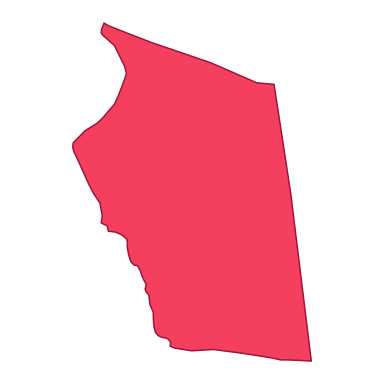 Al Fao, Gedarif, Sudan
{"feature_id": "16777658B5270052963378", "entity_name": "Al Fao", "entity_type": "district", "adm_level": 2, "iso_a3": "SDN", "parent_name": "Sudan", "parent_adm1": "Gedarif", "projection": "natural_earth1", "projection_center": [34.062, 14.059], "detail": "fine", "context": "isolated", "style": "filled", "palette": "rose", "viewbox_px": 384, "rotation_deg": 0, "n_neighbors": 0, "source": "geoboundaries", "source_scale": "gbopen_adm2", "svg_char_len": 1289}
<svg xmlns="http://www.w3.org/2000/svg" viewBox="0 0 384 384"><path d="M122.8,31.3L119.5,30.1L108.5,25.7L104.1,23.1L102.1,28.0L101.8,28.8L101.5,29.5L101.4,29.7L101.4,30.1L101.3,31.8L101.3,32.0L101.3,32.4L101.2,32.9L103.1,35.5L114.5,45.6L123.1,63.2L124.6,66.3L126.5,73.7L122.8,84.1L118.1,96.2L114.5,104.1L106.2,113.8L102.5,118.2L96.8,123.5L93.8,125.3L84.8,130.9L80.0,135.9L73.2,142.9L72.9,145.2L72.7,147.1L73.9,151.7L78.8,162.0L83.9,173.4L85.2,176.3L86.2,178.5L87.2,180.8L87.8,182.0L88.8,184.2L93.8,193.8L99.9,203.0L102.3,215.6L101.2,222.7L102.7,223.8L102.9,223.8L107.1,225.8L108.4,231.2L115.6,232.1L121.6,234.8L126.4,238.7L126.5,238.9L126.5,239.1L126.8,240.0L127.0,240.6L127.2,241.5L127.3,241.9L127.3,246.4L127.3,247.3L128.5,254.0L130.1,259.7L131.6,262.6L134.3,265.2L137.2,265.4L137.9,266.8L140.0,269.9L142.1,276.3L143.9,280.1L146.4,284.7L145.1,289.0L146.2,291.9L148.9,295.3L149.5,300.6L150.1,305.0L153.2,312.1L153.5,321.3L154.0,326.8L155.5,332.4L158.2,335.6L161.5,337.2L166.4,338.2L168.3,339.2L170.5,342.2L170.3,346.3L170.5,346.4L174.8,348.1L191.5,350.8L213.6,349.5L241.7,353.2L271.9,357.9L280.5,359.9L287.7,359.9L311.3,361.0L290.7,193.2L284.1,150.1L280.5,126.4L274.0,84.3L256.7,82.8L211.0,62.9L151.1,42.4L126.3,32.8L122.8,31.3Z" fill="#f43f5e" stroke="#9f1239" stroke-width="1.5"/></svg>